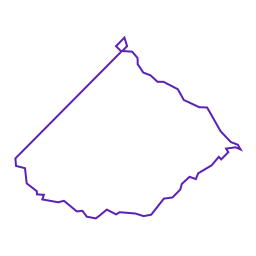 Telfair, Georgia, United States of America (Robinson projection)
{"feature_id": "52423323B57520474770079", "entity_name": "Telfair", "entity_type": "district", "adm_level": 2, "iso_a3": "USA", "parent_name": "United States of America", "parent_adm1": "Georgia", "projection": "robinson", "projection_center": [-82.902, 31.964], "detail": "fine", "context": "isolated", "style": "outline", "palette": "violet", "viewbox_px": 256, "rotation_deg": 0, "n_neighbors": 0, "source": "geoboundaries", "source_scale": "gbopen_adm2", "svg_char_len": 758}
<svg xmlns="http://www.w3.org/2000/svg" viewBox="0 0 256 256"><path d="M26.7,183.4L36.8,191.2L37.0,194.4L43.9,194.8L42.3,199.4L58.2,202.3L63.9,200.8L76.8,211.4L82.4,210.8L86.8,216.7L95.8,218.4L99.8,215.4L106.8,209.6L116.1,214.4L119.6,212.2L135.3,213.5L143.6,216.1L151.2,214.7L163.9,198.6L172.4,197.5L180.3,189.5L181.8,184.0L189.5,176.8L195.8,179.1L198.3,173.2L211.7,165.3L218.8,156.8L221.2,159.4L228.3,152.2L226.1,148.6L235.6,147.3L240.6,149.5L237.8,144.7L230.9,142.1L220.7,131.4L207.1,107.5L199.2,107.2L183.8,100.0L177.9,89.3L163.5,81.8L157.5,81.8L150.5,75.3L143.3,72.6L137.7,64.2L137.6,58.1L132.2,51.7L122.3,51.0L127.1,46.2L124.4,37.6L116.0,46.2L121.4,51.5L15.4,158.4L16.0,165.9L25.0,168.2L26.7,183.4Z" fill="none" stroke="#5b21b6" stroke-width="2"/></svg>